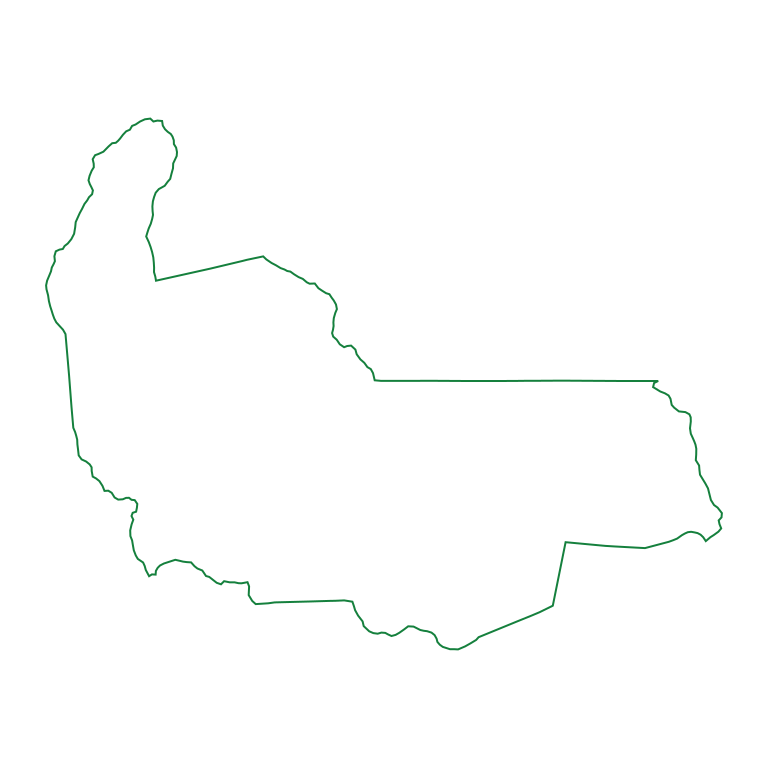 outline of Salto do Céu, Mato Grosso, Brazil
{"feature_id": "56859067B30882988861922", "entity_name": "Salto do Céu", "entity_type": "district", "adm_level": 2, "iso_a3": "BRA", "parent_name": "Brazil", "parent_adm1": "Mato Grosso", "projection": "robinson", "projection_center": [-58.088, -15.003], "detail": "fine", "context": "isolated", "style": "outline", "palette": "green", "viewbox_px": 768, "rotation_deg": 0, "n_neighbors": 0, "source": "geoboundaries", "source_scale": "gbopen_adm2", "svg_char_len": 4155}
<svg xmlns="http://www.w3.org/2000/svg" viewBox="0 0 768 768"><path d="M162.1,121.0L157.4,120.6L153.4,121.5L150.3,118.6L144.9,119.3L140.1,121.5L135.6,124.5L132.1,125.9L129.9,129.7L126.2,131.3L123.0,134.7L120.2,138.4L118.1,140.8L115.8,142.8L112.2,143.2L108.6,146.4L103.4,151.7L98.4,154.0L95.1,155.2L92.7,159.2L93.7,163.7L93.8,167.3L91.7,170.7L89.6,175.8L88.5,180.3L89.8,184.1L91.3,187.0L92.9,190.4L92.1,194.2L89.0,197.2L87.2,200.4L84.5,203.9L82.0,209.0L79.8,213.0L77.8,217.4L75.7,222.1L75.2,227.2L74.1,233.8L71.3,239.2L67.8,243.5L64.6,246.0L62.8,249.0L59.5,249.6L55.8,251.3L54.4,256.2L54.9,261.2L53.5,264.3L51.8,267.5L51.0,271.3L49.4,275.2L47.1,280.7L46.1,285.4L46.5,289.3L48.1,295.4L48.9,301.0L50.2,306.3L51.7,310.9L52.8,314.5L54.3,318.6L56.3,322.4L60.7,327.2L63.0,329.7L65.5,334.1L69.1,375.8L70.2,390.1L71.5,407.0L73.3,427.8L75.1,432.0L76.2,435.7L77.2,439.7L77.4,444.4L78.0,449.2L78.7,455.4L81.6,459.4L86.1,461.5L89.7,464.4L91.6,467.3L91.7,471.0L92.7,476.6L96.0,478.4L99.4,481.1L102.5,485.9L104.5,490.9L108.3,490.7L111.7,492.8L114.6,497.5L118.2,499.6L122.8,499.3L126.0,497.9L129.0,497.8L131.5,499.8L134.7,500.1L137.3,503.9L136.9,507.8L136.1,511.7L132.7,512.8L131.5,516.0L133.3,519.7L131.6,524.4L130.2,530.4L130.4,536.1L132.1,540.4L132.9,545.2L133.8,550.3L135.8,555.5L137.8,558.9L143.1,562.5L144.7,566.0L145.8,570.0L149.1,576.2L151.9,574.4L155.6,574.6L155.9,570.9L157.7,567.8L160.0,565.5L163.9,563.5L175.3,559.8L180.1,560.9L182.9,561.6L186.7,562.1L191.1,562.4L194.5,566.2L197.4,568.5L202.3,570.5L206.0,576.0L209.2,576.9L216.7,582.8L221.0,584.3L224.1,581.2L229.6,582.3L234.4,582.3L238.6,583.2L241.5,583.3L247.5,582.2L249.1,586.4L248.7,595.1L252.2,600.9L255.7,604.1L268.2,603.3L274.7,602.4L309.4,601.5L329.7,600.9L335.1,600.8L344.2,600.4L352.4,601.7L354.0,606.4L355.1,610.2L358.1,615.6L360.5,618.7L362.6,621.4L363.7,626.1L369.2,631.3L373.3,633.1L377.7,633.7L381.4,632.6L385.3,632.9L388.2,634.5L391.5,636.0L395.6,634.9L399.3,632.8L404.0,629.5L408.2,626.3L413.6,626.6L420.3,630.0L423.9,630.8L427.1,631.2L431.5,632.6L434.6,635.1L436.6,638.7L437.4,641.9L439.8,644.7L442.8,646.9L450.0,649.2L454.1,649.2L458.1,649.4L465.1,646.4L470.6,643.3L476.2,639.9L478.6,637.2L512.8,623.2L516.2,621.8L530.3,616.1L539.6,612.2L552.8,605.7L565.6,542.2L605.5,545.9L615.4,546.5L645.0,548.1L668.8,541.8L673.2,540.2L677.1,538.6L681.9,535.2L684.9,533.5L687.8,532.2L691.1,531.8L694.5,532.4L697.6,533.1L700.6,534.7L703.2,537.2L705.8,541.1L710.4,537.2L713.7,535.1L718.4,531.7L721.2,528.4L719.5,524.2L718.7,520.4L721.5,517.4L721.9,513.1L717.6,507.6L714.0,505.0L710.9,500.0L708.0,488.4L705.3,483.4L702.8,479.3L700.0,474.7L699.4,469.6L699.1,465.5L695.8,460.2L696.2,454.7L696.3,448.8L695.5,444.7L694.3,441.5L693.0,438.5L690.8,433.7L690.0,428.3L690.8,421.5L690.7,417.3L689.4,414.3L685.4,412.1L678.9,411.4L674.2,407.7L671.7,404.9L670.5,398.8L668.6,395.5L664.9,393.3L660.3,391.5L653.1,387.1L654.1,383.0L658.2,381.0L639.2,381.0L630.9,381.0L621.9,381.0L604.6,380.9L587.4,380.8L570.2,380.7L552.9,380.7L535.0,380.8L526.7,380.8L518.3,380.9L501.0,381.0L483.7,381.0L466.4,381.0L449.2,380.9L432.0,380.8L422.8,380.8L414.9,380.9L381.4,380.9L374.7,380.3L373.0,373.1L370.8,369.1L367.4,367.1L364.3,362.8L360.4,359.4L356.7,354.3L355.4,349.6L351.1,345.6L347.2,346.0L344.1,347.2L339.8,344.3L336.7,339.7L333.2,336.6L332.1,333.1L333.0,329.7L333.6,326.0L333.4,322.4L333.8,318.1L335.3,312.9L336.9,309.1L336.0,304.5L333.7,300.4L331.6,297.6L329.4,294.2L326.1,293.2L322.1,290.7L318.4,288.2L314.8,283.5L309.6,283.7L306.8,282.3L302.8,278.9L298.6,277.1L294.1,274.3L290.4,271.6L287.2,271.0L284.5,269.5L280.6,268.1L276.0,265.3L271.6,263.0L266.3,259.4L263.2,256.4L247.0,259.8L242.3,261.0L210.4,268.6L156.0,280.7L155.3,276.6L154.0,272.1L154.1,267.7L153.8,262.6L153.3,257.4L152.1,252.0L150.6,247.0L148.8,242.1L146.2,236.5L147.3,232.8L148.7,228.5L150.8,223.7L152.2,218.8L153.0,214.9L152.6,211.1L152.4,206.4L152.9,201.3L154.1,197.0L155.7,192.7L158.8,189.1L164.7,185.8L167.8,181.6L170.2,178.9L171.5,173.7L173.0,168.3L173.2,163.4L175.0,159.6L176.7,156.0L177.0,152.1L176.1,147.6L173.9,144.1L173.8,140.3L172.5,136.6L170.8,134.0L167.7,131.8L165.0,129.2L162.8,125.6L162.1,121.0Z" fill="none" stroke="#15803d" stroke-width="2"/></svg>